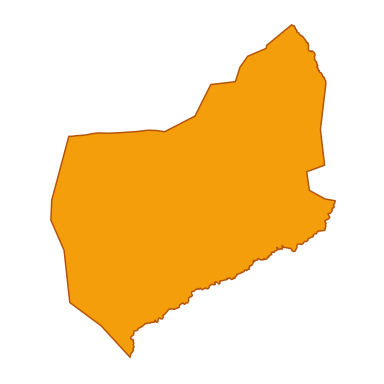 Mo'ron, Hentiy, Mongolia, rotated 357°
{"feature_id": "93677404B68040826216120", "entity_name": "Mo'ron", "entity_type": "district", "adm_level": 2, "iso_a3": "MNG", "parent_name": "Mongolia", "parent_adm1": "Hentiy", "projection": "orthographic", "projection_center": [110.381, 47.305], "detail": "fine", "context": "isolated", "style": "filled", "palette": "amber", "viewbox_px": 384, "rotation_deg": 357, "n_neighbors": 0, "source": "geoboundaries", "source_scale": "gbopen_adm2", "svg_char_len": 5953}
<svg xmlns="http://www.w3.org/2000/svg" viewBox="0 0 384 384"><g transform="rotate(357 192 192)"><path d="M121.4,353.7L122.3,350.9L123.0,349.8L124.8,347.8L125.0,347.2L125.1,344.8L125.8,344.0L126.0,343.5L125.9,343.0L125.5,342.0L125.4,341.5L125.8,340.5L125.9,339.9L125.8,339.4L125.3,338.2L125.3,337.9L125.8,337.1L125.7,336.7L125.3,336.4L123.4,335.5L123.1,335.2L123.0,334.9L123.1,334.5L123.3,333.9L123.7,333.4L126.2,331.5L126.4,331.2L126.5,328.8L126.7,328.3L126.9,327.9L127.2,327.7L129.2,327.6L129.9,327.4L130.8,326.4L130.9,326.0L131.3,325.4L131.6,325.2L132.6,324.9L134.9,323.8L136.4,322.8L138.7,320.9L139.9,321.0L141.4,320.4L142.8,320.6L143.4,320.6L144.5,320.0L147.3,320.1L147.6,319.9L147.8,319.5L148.1,318.6L148.4,318.2L148.5,318.3L148.8,318.5L149.3,319.6L149.6,320.0L150.0,320.2L150.8,320.1L151.0,319.9L151.6,317.4L151.9,316.6L152.1,316.3L152.9,316.1L154.8,317.2L155.3,317.2L155.8,317.0L156.7,315.5L156.7,313.7L158.5,312.5L160.8,310.2L162.6,308.1L163.1,307.8L165.5,307.6L167.6,308.2L168.4,308.1L172.7,306.7L173.1,306.4L173.5,305.4L173.7,304.6L174.0,304.2L175.5,303.1L176.9,302.5L177.5,302.5L177.8,302.8L177.9,303.2L178.1,303.5L178.5,303.7L179.3,303.4L179.7,302.8L180.1,302.4L181.5,302.6L181.8,302.4L182.4,301.6L182.9,300.8L183.0,300.3L183.1,297.7L183.4,297.3L184.6,296.7L186.0,296.4L186.8,295.6L186.9,295.1L186.4,294.0L186.3,293.3L186.3,292.5L186.5,291.9L186.9,291.4L187.4,291.3L189.0,291.1L189.4,290.9L189.7,290.4L190.5,289.7L190.8,289.5L191.6,289.5L191.9,289.3L192.4,288.8L192.5,288.7L193.4,289.3L193.9,289.5L194.1,289.4L195.1,288.7L195.5,288.6L195.9,288.9L196.2,289.6L196.5,289.9L197.0,290.0L197.7,289.9L198.7,289.2L199.9,289.0L200.7,288.6L201.9,289.3L202.6,289.5L203.2,289.2L203.7,288.8L204.8,286.4L205.6,286.1L207.2,285.1L207.8,285.2L208.4,285.6L209.0,285.8L209.7,285.8L210.2,285.6L210.4,285.1L210.4,284.7L209.8,283.9L209.7,283.6L210.1,283.1L210.5,283.0L211.1,283.1L212.7,283.7L213.9,285.1L214.2,285.2L214.5,285.2L214.8,285.1L215.1,284.6L215.1,283.8L215.0,282.7L215.1,282.4L215.5,282.2L217.2,282.2L219.2,281.9L221.1,281.3L222.0,281.4L222.3,281.1L222.1,280.6L222.1,280.4L222.4,280.3L223.0,280.7L223.7,280.3L223.9,279.8L225.6,280.1L226.4,281.0L226.8,281.3L227.3,281.4L227.8,281.3L228.2,281.1L228.8,280.1L229.1,280.1L229.6,280.4L230.1,280.5L230.4,280.4L230.5,279.1L230.7,278.9L232.3,277.9L232.5,277.6L232.5,277.2L232.4,276.6L232.6,276.3L233.2,276.2L234.2,276.3L235.0,275.9L236.1,275.8L236.5,275.6L237.5,274.7L238.5,274.7L239.3,274.4L239.8,274.1L240.4,272.8L240.7,272.6L241.1,272.5L242.4,273.3L242.8,273.1L243.7,272.3L245.1,272.1L245.3,271.9L245.2,271.6L244.9,271.3L244.8,271.0L244.8,270.8L245.7,269.8L245.7,268.9L245.8,268.7L247.3,268.7L247.7,268.4L248.2,267.9L248.9,266.9L249.3,265.9L249.8,263.8L250.0,263.9L250.2,264.6L250.3,264.8L250.7,264.8L251.0,264.6L251.5,263.6L253.2,263.6L253.7,263.1L254.0,262.2L254.4,262.0L254.7,262.1L255.1,262.5L255.4,262.7L256.0,262.7L256.9,263.3L258.0,263.3L259.4,263.5L260.0,263.3L260.3,262.3L260.4,262.2L261.5,263.1L262.5,263.0L262.9,262.8L263.8,261.6L264.9,261.4L265.1,261.3L265.2,261.1L265.1,260.8L264.8,260.3L264.9,260.1L265.3,259.9L265.9,259.9L266.3,259.6L266.9,258.9L267.1,258.7L267.9,258.8L268.3,258.7L268.3,258.4L268.1,257.6L268.0,257.0L268.2,256.7L268.4,256.5L269.7,256.2L270.1,256.5L270.8,256.5L271.1,256.3L271.4,255.7L271.6,255.4L273.1,255.0L273.7,254.6L274.0,254.2L274.0,253.5L273.8,252.2L273.9,251.9L274.3,252.0L274.5,252.3L274.9,253.4L275.4,253.9L275.8,254.0L276.3,253.9L277.4,253.3L278.2,253.7L279.1,253.7L279.4,253.5L279.4,253.2L279.2,252.6L279.0,251.3L279.1,250.7L279.3,250.5L279.5,250.4L280.2,251.7L280.5,252.0L280.9,252.2L281.6,252.3L282.8,252.2L283.8,252.8L284.9,252.8L285.6,253.2L286.0,253.4L286.9,253.2L287.8,253.8L288.7,255.5L289.3,256.2L290.3,256.7L290.9,256.7L291.6,256.6L292.1,256.0L293.8,253.2L294.0,251.0L294.3,250.4L295.3,249.6L295.8,249.5L298.7,250.0L299.5,249.9L301.7,247.4L302.4,247.2L303.2,247.4L303.7,247.4L304.4,247.0L305.4,246.0L305.5,245.1L305.7,244.8L307.7,243.8L310.2,243.2L310.7,242.6L311.0,241.6L311.3,240.9L311.6,240.5L312.3,240.2L314.0,240.2L314.4,239.3L314.6,238.9L315.2,238.4L315.6,238.3L316.0,237.7L316.3,237.4L317.9,237.8L319.1,237.3L319.9,237.5L320.5,237.5L322.4,237.2L322.5,237.0L323.3,234.9L323.6,233.9L323.8,231.7L323.6,231.4L323.6,231.2L324.2,230.4L324.1,229.9L323.1,228.3L323.1,228.1L324.2,227.1L325.0,226.7L326.3,226.4L326.7,226.1L327.5,225.4L328.2,224.6L328.2,224.2L327.8,223.4L327.2,222.4L326.9,221.6L326.7,221.2L327.2,220.7L328.4,220.5L329.1,220.3L329.8,219.6L330.8,218.4L331.0,217.6L331.0,216.2L331.2,215.7L331.5,215.5L332.7,215.1L333.1,214.6L333.2,214.3L333.1,213.7L332.5,212.8L332.5,212.5L332.8,212.0L333.8,210.9L334.1,210.2L334.4,208.9L334.4,208.2L324.4,205.9L309.3,196.5L307.6,177.8L325.8,172.1L323.5,136.4L331.3,91.2L331.3,88.1L330.3,86.3L330.4,85.2L329.9,85.0L329.8,84.3L329.1,83.6L328.6,83.4L328.5,83.1L328.2,81.9L327.5,80.3L327.0,79.7L326.5,79.6L326.1,79.3L325.6,78.7L325.4,78.5L325.3,78.3L325.5,77.6L325.5,77.3L324.7,77.2L324.3,75.9L324.2,75.4L324.2,74.7L323.7,74.6L323.5,73.6L323.3,73.4L323.2,73.2L324.1,72.7L324.2,72.4L323.7,71.2L323.3,69.9L323.3,68.9L321.4,66.4L321.3,65.9L321.5,64.8L321.4,63.5L321.9,62.4L322.1,61.5L321.9,60.6L321.3,59.4L319.7,57.6L319.2,57.6L318.8,58.2L318.6,58.1L318.3,57.4L317.8,57.3L317.2,57.7L316.1,56.7L315.8,56.3L315.8,55.3L316.0,52.1L316.1,51.7L315.8,51.2L315.9,50.2L315.4,49.9L315.4,49.0L315.0,48.7L314.2,48.5L314.2,48.3L313.7,47.1L311.7,44.0L310.9,43.0L310.5,42.3L308.3,41.1L307.4,39.8L307.3,39.2L306.9,38.7L305.1,37.7L304.9,37.5L305.0,37.0L305.2,36.9L305.3,36.5L305.0,35.9L303.9,34.6L303.7,33.5L303.4,32.9L303.3,32.3L302.7,31.5L301.4,31.1L300.2,30.3L274.4,49.4L273.5,52.5L254.7,59.4L246.4,70.0L241.1,84.1L216.4,85.7L199.0,116.3L167.8,130.4L160.2,128.8L151.3,128.0L139.4,128.8L120.0,129.0L112.6,129.0L101.2,128.1L94.3,128.6L92.0,129.1L88.4,129.5L83.5,129.7L80.1,129.7L75.1,130.1L71.9,130.0L51.5,192.8L49.6,212.7L61.2,243.5L64.2,296.0L94.3,320.9L121.4,353.7Z" fill="#f59e0b" stroke="#b45309" stroke-width="1.5"/></g></svg>